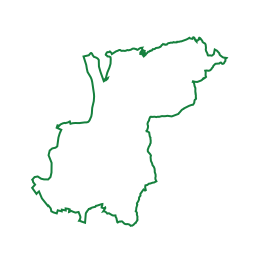 the district of Soimus, Hunedoara, Romania, rotated 99°
{"feature_id": "2599482B73635822443481", "entity_name": "Soimus", "entity_type": "district", "adm_level": 2, "iso_a3": "ROU", "parent_name": "Romania", "parent_adm1": "Hunedoara", "projection": "equal_earth", "projection_center": [22.855, 45.95], "detail": "fine", "context": "isolated", "style": "outline", "palette": "green", "viewbox_px": 256, "rotation_deg": 99, "n_neighbors": 0, "source": "geoboundaries", "source_scale": "gbopen_adm2", "svg_char_len": 5717}
<svg xmlns="http://www.w3.org/2000/svg" viewBox="0 0 256 256"><g transform="rotate(99 128 128)"><path d="M135.5,197.9L138.9,198.5L140.2,193.6L143.9,194.6L148.2,195.2L157.2,195.0L158.8,196.5L160.0,199.6L162.5,201.8L167.3,202.2L174.4,198.0L184.0,196.6L188.6,196.9L191.3,198.8L191.9,202.9L191.7,205.8L190.0,209.6L191.1,212.6L194.1,214.5L194.7,213.8L196.3,213.2L198.5,210.9L202.1,213.3L207.4,208.1L206.4,207.5L204.6,206.0L211.0,202.0L217.5,194.9L217.0,194.5L219.2,192.1L219.6,191.7L222.3,190.7L222.6,189.6L223.0,188.6L223.5,185.0L220.3,184.5L220.7,180.4L219.0,180.6L219.2,176.6L217.2,177.0L217.2,174.2L217.5,173.0L217.8,173.2L220.2,173.1L219.9,172.5L218.9,172.0L219.0,171.3L218.8,170.9L219.2,169.6L219.8,166.7L218.7,163.7L222.2,161.6L223.5,161.0L225.3,161.1L227.3,161.8L227.2,160.3L227.6,159.8L228.3,155.6L219.0,156.3L217.8,156.0L217.4,155.6L216.2,155.2L214.8,154.3L214.1,154.1L213.7,152.6L213.3,152.7L212.2,151.0L210.9,147.9L209.9,147.5L209.5,146.3L207.4,142.3L207.1,141.4L208.4,141.3L209.8,141.7L210.7,141.6L211.1,139.2L210.1,138.1L210.6,137.9L214.2,139.4L213.8,138.6L214.1,137.8L214.8,136.2L215.8,135.1L215.2,133.5L216.7,129.7L216.7,128.5L216.3,126.7L218.0,126.1L219.0,125.2L219.9,125.0L220.9,124.5L221.4,124.5L221.7,124.1L222.8,123.8L222.9,123.6L222.7,123.4L222.8,123.2L222.2,122.5L221.6,121.4L221.7,121.0L221.3,120.2L221.2,119.2L223.1,116.5L223.3,115.5L223.3,114.6L223.0,113.9L223.0,112.4L223.2,111.4L224.2,110.1L223.8,109.2L223.8,108.6L222.7,107.4L220.8,106.1L220.4,105.4L219.1,105.1L217.9,104.3L217.3,104.5L216.9,104.3L216.0,104.6L214.0,104.8L212.2,105.7L210.4,105.9L209.5,106.6L208.9,107.4L208.0,107.1L205.5,107.3L202.3,106.8L201.9,107.2L201.0,107.4L198.9,106.5L197.1,106.0L196.5,105.9L195.5,106.2L194.7,106.1L192.9,105.1L191.2,105.5L186.2,103.0L186.4,102.2L187.1,101.4L186.6,100.7L183.8,101.8L181.9,101.8L181.3,100.1L179.7,98.6L179.4,97.4L178.1,95.0L177.8,93.8L176.2,91.6L174.3,92.9L172.9,93.2L171.5,93.1L169.6,93.5L167.3,94.7L165.5,95.0L163.8,95.5L162.1,96.6L161.0,97.9L159.1,98.7L156.9,100.2L153.1,101.2L151.7,101.0L150.7,101.7L148.1,104.7L146.4,105.1L143.3,104.5L141.3,103.7L140.5,103.7L139.4,103.3L136.9,103.6L135.0,104.2L133.9,104.3L133.6,104.7L132.8,105.2L129.1,106.4L128.3,108.3L128.4,109.1L128.0,109.3L127.8,109.0L127.1,108.8L125.0,108.4L123.7,108.4L122.6,108.6L121.8,109.1L120.8,109.4L119.1,109.2L117.3,108.4L116.0,108.4L113.9,107.9L113.4,107.5L113.4,106.7L113.2,106.4L113.3,106.0L112.7,103.5L112.8,101.7L112.3,100.6L112.1,100.0L112.2,99.2L111.0,96.5L110.6,93.5L110.3,92.4L109.8,91.0L109.7,86.6L106.2,80.4L105.1,79.9L104.5,79.4L101.7,77.7L100.7,76.6L100.5,76.1L99.9,75.8L99.4,75.1L96.6,71.2L95.3,68.9L94.9,67.5L94.7,67.3L92.7,66.5L90.9,66.6L90.1,66.5L89.5,66.3L89.0,65.6L88.1,65.4L87.7,65.5L87.3,65.8L85.5,66.0L83.2,66.6L82.9,66.7L83.0,66.8L81.5,67.2L78.0,67.7L76.2,68.8L74.3,69.4L73.1,70.0L72.3,70.8L72.3,71.2L71.7,71.1L71.9,69.1L71.7,66.8L69.7,63.3L68.8,62.3L67.3,61.5L66.9,61.0L67.3,60.8L66.0,59.4L65.3,58.9L64.0,59.6L60.7,60.0L59.3,60.7L58.9,59.3L58.9,58.0L58.8,57.1L58.0,55.7L56.5,54.7L56.0,54.6L54.4,53.6L53.2,53.4L50.9,51.7L50.0,47.9L49.2,47.3L48.8,46.5L49.0,46.1L49.8,45.2L49.9,44.7L49.6,44.0L49.1,43.4L47.4,42.8L46.5,42.3L44.6,42.6L43.9,42.2L43.6,41.6L43.4,41.5L43.4,42.6L43.5,44.8L43.1,45.9L41.9,48.1L41.2,49.0L39.9,49.5L38.9,50.8L38.2,51.6L37.7,52.3L36.9,54.6L41.6,54.8L43.3,56.3L43.5,56.8L43.4,58.3L43.8,59.8L43.8,60.4L43.1,60.9L42.2,61.1L39.6,63.0L38.2,63.5L36.7,63.5L33.7,64.3L32.6,65.0L31.8,67.0L31.2,67.9L30.3,68.3L28.0,70.7L27.7,71.7L28.2,72.0L28.4,72.0L28.8,71.2L29.1,71.1L29.8,72.4L30.5,72.7L31.3,73.9L32.0,73.8L31.1,75.0L30.6,74.7L30.2,74.9L29.8,76.1L28.9,76.3L28.4,76.7L28.2,77.7L29.9,78.5L29.8,79.5L29.8,80.7L29.3,81.5L30.5,82.8L31.5,84.2L34.1,88.9L34.3,89.9L34.9,91.1L35.2,93.0L35.7,93.1L35.8,93.3L36.0,94.4L36.0,95.0L36.2,95.5L36.1,96.6L36.7,97.2L37.1,99.4L37.5,100.1L37.6,100.7L38.2,101.8L39.0,102.5L39.5,102.7L39.8,103.6L39.7,104.0L40.0,104.4L39.6,105.4L39.8,106.0L39.6,106.5L40.2,106.8L40.9,107.7L42.3,108.3L42.8,108.7L42.9,109.2L43.4,109.6L43.9,110.5L44.6,112.9L45.8,114.0L46.0,114.6L46.2,115.0L46.3,115.9L47.6,116.5L47.8,117.3L48.4,117.7L48.4,118.4L49.4,119.2L49.6,120.1L51.1,120.9L52.0,121.8L52.7,121.9L53.8,122.8L53.5,122.8L53.8,123.5L54.4,124.0L54.1,124.3L53.8,124.2L53.9,124.5L53.5,124.7L53.1,124.3L53.0,124.9L52.1,125.2L51.3,124.2L51.5,123.3L51.3,122.9L50.9,123.2L50.5,123.8L50.2,123.9L49.6,123.7L49.5,124.0L49.2,123.9L49.2,124.1L48.9,125.7L49.1,126.1L50.2,126.1L50.8,126.5L51.4,126.5L51.1,126.2L51.7,126.2L52.3,126.7L53.0,126.8L52.9,127.5L51.9,127.4L51.5,127.6L49.6,126.6L49.2,126.5L48.4,125.8L47.1,126.9L46.5,126.6L46.9,128.0L47.6,129.0L49.3,130.7L49.3,131.3L48.8,132.1L48.9,132.8L48.6,133.7L48.7,133.8L48.7,135.2L49.0,136.0L50.1,137.2L50.9,138.9L51.2,139.8L51.1,140.6L51.2,141.0L52.1,142.4L52.4,143.6L52.4,144.9L52.8,146.2L52.8,146.7L52.2,148.0L52.3,148.8L53.5,150.5L54.0,151.6L57.5,155.5L56.4,156.2L55.2,157.9L55.3,158.1L56.0,158.6L56.2,159.4L56.2,160.0L56.7,160.7L58.8,161.5L59.3,161.3L60.0,159.9L60.5,159.5L60.4,157.4L60.9,156.3L62.9,155.8L67.2,155.3L71.2,155.8L76.5,157.1L82.4,157.7L83.7,158.7L83.9,158.6L83.4,157.4L82.0,155.8L82.5,155.9L84.3,157.3L84.6,158.1L85.6,159.2L77.0,163.9L71.9,166.3L65.4,167.5L64.3,168.6L63.6,170.0L63.2,171.6L63.1,172.7L61.7,174.2L60.2,175.2L59.7,176.1L59.9,176.6L62.3,178.1L64.3,183.1L72.3,179.1L75.7,178.0L79.0,176.7L83.8,172.7L85.8,171.5L88.3,170.5L99.5,167.0L102.2,166.4L106.8,166.0L113.7,166.5L119.3,166.0L122.4,166.1L123.8,166.5L126.5,167.2L127.9,168.0L128.4,168.5L129.0,170.0L129.3,171.8L130.8,177.0L131.3,180.8L131.9,183.3L132.8,185.5L131.7,186.1L131.1,186.2L130.6,186.5L131.9,188.2L133.0,190.7L132.9,191.5L133.6,193.1L135.0,195.2L137.4,196.9L136.5,197.8L135.5,197.9Z" fill="none" stroke="#15803d" stroke-width="2"/></g></svg>